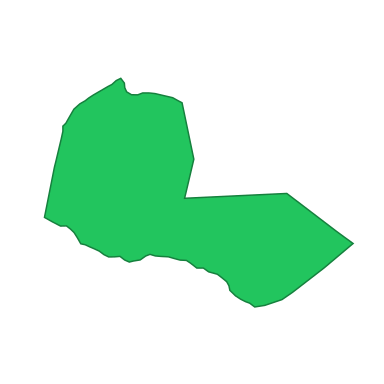 outline of Anguera, Bahia, Brazil, rotated 350°
{"feature_id": "56859067B25095444078591", "entity_name": "Anguera", "entity_type": "district", "adm_level": 2, "iso_a3": "BRA", "parent_name": "Brazil", "parent_adm1": "Bahia", "projection": "mercator", "projection_center": [-39.208, -12.178], "detail": "fine", "context": "isolated", "style": "filled", "palette": "green", "viewbox_px": 384, "rotation_deg": 350, "n_neighbors": 0, "source": "geoboundaries", "source_scale": "gbopen_adm2", "svg_char_len": 1145}
<svg xmlns="http://www.w3.org/2000/svg" viewBox="0 0 384 384"><g transform="rotate(350 192 192)"><path d="M42.3,191.4L49.4,197.2L56.6,202.7L62.5,203.6L65.9,207.4L68.8,211.4L71.1,217.0L73.5,223.7L77.7,225.4L81.5,228.1L85.8,230.9L90.5,234.2L94.4,238.4L98.7,241.5L104.4,242.4L109.9,242.9L113.9,247.3L118.1,250.1L122.4,249.8L129.2,249.9L135.3,247.0L139.8,246.1L144.8,248.6L150.4,250.1L157.4,251.7L162.7,254.3L168.5,257.0L174.6,258.4L178.0,261.6L183.5,267.7L190.0,268.9L194.5,273.5L198.3,275.3L202.7,277.4L206.9,282.0L210.6,286.4L212.1,290.8L212.2,295.4L216.8,301.8L221.4,306.1L225.7,309.3L229.5,311.5L233.8,316.1L244.0,316.3L261.9,313.6L273.7,308.2L308.9,289.7L341.7,270.7L333.7,262.4L327.5,255.9L285.1,209.9L220.3,201.6L183.6,196.9L187.9,187.0L199.5,160.0L197.7,102.4L193.8,99.4L189.4,95.8L185.2,94.0L179.8,91.7L172.8,88.7L167.3,87.1L160.6,85.9L155.4,86.9L149.3,85.7L145.0,82.0L143.9,77.6L144.3,73.0L141.6,67.7L136.7,69.1L131.8,72.2L127.6,73.5L111.8,79.3L106.6,81.5L102.7,83.6L96.9,85.7L90.1,89.9L83.9,97.3L79.7,102.4L76.3,104.7L75.4,109.8L72.4,117.1L63.1,138.6L60.9,143.5L42.3,191.4Z" fill="#22c55e" stroke="#15803d" stroke-width="1.5"/></g></svg>